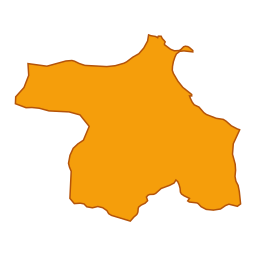 the Province of Sinop
{"feature_id": "TUR-2294", "entity_name": "Sinop", "entity_type": "Province", "adm_level": 1, "iso_a3": "TUR", "parent_name": "Turkey", "parent_adm1": "", "projection": "natural_earth1", "projection_center": [34.958, 41.65], "detail": "fine", "context": "isolated", "style": "filled", "palette": "amber", "viewbox_px": 256, "rotation_deg": 0, "n_neighbors": 0, "source": "natural_earth", "source_scale": "10m", "svg_char_len": 1733}
<svg xmlns="http://www.w3.org/2000/svg" viewBox="0 0 256 256"><path d="M28.0,63.6L46.9,66.2L65.8,61.0L71.9,60.5L74.5,61.2L79.2,63.5L84.9,65.4L106.8,66.6L115.3,65.7L124.0,63.2L126.7,61.8L132.9,57.1L138.9,53.7L143.8,48.0L147.6,41.0L148.6,34.9L150.9,35.7L155.6,36.5L157.7,37.7L158.1,36.4L158.8,36.1L159.8,36.2L161.1,36.2L162.3,38.6L164.0,40.4L165.2,41.9L164.5,43.4L164.5,44.7L170.6,49.3L174.4,50.8L179.2,50.5L180.9,49.5L183.6,46.8L185.4,46.2L187.8,46.6L189.4,47.5L192.8,50.5L192.8,51.9L183.9,50.9L179.8,51.3L176.4,53.9L174.9,57.1L173.4,61.6L172.5,66.4L172.3,70.3L173.4,73.5L177.9,81.2L182.8,87.4L191.7,94.5L191.7,95.9L189.5,95.9L190.5,98.6L192.1,102.0L194.2,104.8L199.0,107.1L203.8,112.6L206.4,114.5L216.2,118.3L223.3,119.4L226.0,121.1L231.3,125.8L237.4,129.0L239.7,129.7L239.7,129.8L233.3,143.7L232.5,154.2L235.2,164.2L235.6,170.3L235.0,176.4L235.9,181.2L238.1,185.4L239.3,191.5L240.6,203.9L237.4,206.3L228.9,204.2L225.6,205.5L220.5,209.0L213.4,210.1L206.2,209.4L201.1,206.7L198.2,203.6L196.8,202.9L189.3,202.0L187.7,200.9L189.5,198.4L184.1,195.8L181.5,194.0L180.4,192.1L180.1,188.4L179.1,184.7L177.7,181.6L175.9,180.0L174.1,183.0L169.9,185.2L161.1,188.5L155.7,193.4L153.7,194.3L149.5,194.5L147.9,195.3L146.4,197.0L147.6,200.7L145.1,203.2L141.3,205.0L138.7,207.0L138.2,208.4L137.9,211.9L137.4,213.4L136.7,214.6L133.8,217.1L130.3,221.1L111.5,215.4L108.7,213.7L106.9,210.6L102.7,207.7L97.8,206.5L92.4,207.8L86.8,206.8L84.0,203.9L80.4,203.2L74.3,203.6L69.9,198.4L71.2,171.3L69.5,167.2L68.5,163.3L70.0,155.3L73.2,148.3L78.1,143.7L83.4,140.2L89.2,126.4L80.0,114.9L69.1,111.9L49.0,110.9L39.1,108.2L31.9,107.5L26.0,107.7L15.4,103.7L15.7,96.8L24.0,87.5L28.7,75.4L28.0,63.6L28.0,63.6Z" fill="#f59e0b" stroke="#b45309" stroke-width="1.5"/></svg>